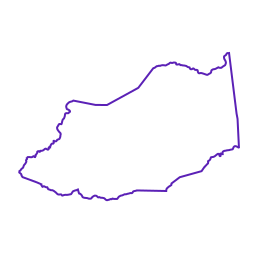 the district of San Ignacio, Francisco Morazán, Honduras, rotated 88°
{"feature_id": "27666195B25957798922682", "entity_name": "San Ignacio", "entity_type": "district", "adm_level": 2, "iso_a3": "HND", "parent_name": "Honduras", "parent_adm1": "Francisco Morazán", "projection": "robinson", "projection_center": [-87.053, 14.728], "detail": "fine", "context": "isolated", "style": "outline", "palette": "violet", "viewbox_px": 256, "rotation_deg": 88, "n_neighbors": 0, "source": "geoboundaries", "source_scale": "gbopen_adm2", "svg_char_len": 5791}
<svg xmlns="http://www.w3.org/2000/svg" viewBox="0 0 256 256"><g transform="rotate(88 128 128)"><path d="M154.7,230.2L155.2,230.1L155.6,230.1L156.3,230.8L156.7,231.0L157.1,231.0L157.7,230.8L158.1,230.8L158.4,230.9L160.1,231.9L161.2,233.0L161.5,233.2L162.5,233.7L163.9,234.2L165.4,236.1L166.8,237.1L167.1,237.9L167.3,238.0L168.7,238.2L169.7,237.0L170.3,236.4L170.8,236.2L171.6,236.1L172.1,235.9L172.7,235.5L173.4,235.1L179.2,220.9L181.3,216.5L181.7,216.6L182.1,216.6L182.5,216.3L183.4,215.8L183.8,215.5L183.8,215.3L183.7,215.1L183.4,214.7L183.3,214.3L183.4,213.7L183.9,212.9L184.2,212.3L184.5,211.3L184.4,210.8L184.6,210.6L184.9,210.5L186.1,210.0L186.4,209.8L187.0,208.1L187.3,207.7L187.5,207.1L187.5,205.9L187.8,205.2L188.4,204.2L189.7,202.6L190.2,202.1L191.3,201.1L191.8,200.5L191.9,200.1L192.1,199.5L192.0,197.3L192.3,196.9L193.1,196.3L193.2,196.1L193.2,195.7L192.7,194.1L192.6,192.8L192.7,191.1L192.5,189.4L192.3,188.4L192.3,187.9L192.2,187.6L192.1,187.2L191.6,186.8L189.9,185.6L189.4,185.2L189.1,184.6L188.9,183.9L188.6,183.1L188.4,182.3L188.4,181.7L188.1,181.2L187.7,180.2L190.7,179.5L191.8,179.1L192.0,178.6L192.1,178.0L192.2,177.9L193.6,176.6L195.4,175.8L195.7,175.4L196.0,174.8L196.3,173.6L196.6,171.3L197.3,169.4L197.3,168.6L197.3,167.9L197.2,167.4L197.0,167.1L195.8,166.1L194.9,164.8L194.5,163.8L194.4,163.4L194.5,162.9L194.6,162.2L194.8,161.8L195.3,161.3L196.0,160.6L196.3,160.2L196.2,159.6L196.1,159.0L196.4,158.4L196.7,157.8L196.9,155.8L197.3,154.4L197.7,153.8L198.7,152.9L199.0,152.5L199.3,152.0L199.4,151.3L199.3,150.8L199.1,150.0L199.0,149.4L198.5,148.1L198.4,147.6L198.6,147.1L198.6,146.9L198.5,146.6L198.1,146.2L198.0,145.8L198.1,145.5L198.3,145.0L198.4,144.2L198.5,141.9L198.5,141.4L198.3,141.1L196.4,139.6L196.1,139.1L195.4,137.7L195.3,137.3L195.2,136.4L194.9,135.5L194.2,133.9L194.1,133.5L194.1,133.1L194.2,132.6L194.1,132.0L193.7,130.6L193.6,129.8L193.1,127.9L193.2,126.8L193.2,126.4L193.0,126.0L192.7,125.7L192.4,125.5L192.0,125.3L191.5,124.8L191.3,124.1L191.0,122.3L190.7,121.3L192.3,92.0L191.4,91.9L190.5,91.7L190.0,91.4L189.5,91.0L188.0,89.2L187.7,88.6L186.6,86.8L186.3,86.6L185.5,86.6L184.9,86.4L179.0,78.0L173.7,56.0L169.8,53.1L169.8,52.9L169.4,52.7L168.9,52.2L168.0,51.2L167.3,50.6L166.2,49.3L165.8,49.2L165.4,49.1L164.4,49.2L163.8,49.0L163.6,48.8L163.5,48.3L163.2,47.8L162.7,47.3L162.1,46.9L160.6,46.3L160.3,46.2L160.2,45.9L160.0,45.2L159.9,43.9L159.6,43.0L159.2,42.2L157.3,39.7L157.0,39.1L157.0,38.8L157.0,38.4L157.2,38.0L157.7,37.8L158.9,37.5L159.3,37.1L159.3,36.7L159.2,36.6L159.0,36.4L157.0,36.4L156.8,36.4L156.7,36.1L156.8,35.1L157.1,35.1L157.3,34.9L157.4,34.6L157.4,34.3L156.2,34.4L155.6,34.3L155.1,34.1L154.6,33.5L154.2,32.5L154.0,30.8L153.8,30.1L153.6,27.6L153.3,26.6L153.0,24.5L152.9,24.2L152.7,24.0L150.8,23.1L150.2,22.5L149.9,21.9L149.9,21.6L149.9,21.2L150.2,20.2L151.1,18.7L151.4,18.2L151.6,18.0L152.0,17.8L122.7,18.2L117.4,19.0L56.6,24.4L56.7,25.0L56.6,25.9L56.8,26.4L57.1,26.8L58.3,27.4L59.0,28.4L59.5,29.2L59.9,29.5L60.7,29.6L62.1,29.4L62.9,29.1L63.8,28.5L64.6,28.2L65.7,27.9L66.4,27.9L67.1,28.1L68.1,28.5L68.6,28.8L68.9,29.3L70.0,31.2L70.8,32.2L71.1,32.8L71.1,33.5L70.9,34.9L70.8,35.1L70.5,35.6L71.1,36.8L71.9,38.4L72.2,39.6L72.3,40.8L72.8,41.9L73.1,42.3L73.4,42.6L74.0,42.8L75.1,43.0L75.5,43.2L75.7,43.4L76.1,43.8L76.6,44.9L77.2,45.9L77.6,46.7L77.6,47.2L77.5,47.7L76.4,50.5L75.7,52.5L75.6,53.5L75.8,54.7L75.7,55.3L75.4,55.7L75.0,55.9L74.4,56.2L72.9,56.4L72.7,56.5L72.5,56.8L72.3,57.4L72.3,58.4L72.2,58.9L72.0,59.2L70.9,60.3L70.8,60.6L70.8,61.0L71.4,62.0L71.5,62.9L71.4,63.3L71.2,63.6L70.9,63.9L69.6,64.4L69.2,66.0L68.0,67.7L67.5,69.7L67.4,70.9L67.0,72.3L67.0,72.9L67.0,73.2L66.8,73.6L66.2,74.1L66.0,74.5L66.3,76.4L66.3,76.9L66.2,77.3L66.1,77.5L65.9,77.6L64.8,77.8L64.4,78.2L64.3,78.7L64.2,79.4L64.2,80.3L64.3,80.6L64.5,81.1L64.5,81.3L64.5,82.1L64.2,83.0L64.2,83.3L64.3,83.6L64.5,84.0L65.5,85.2L65.8,86.3L66.5,87.4L66.7,87.9L66.8,88.3L66.7,88.9L66.4,91.0L66.6,92.7L66.8,93.2L67.0,93.7L67.0,94.2L66.8,94.7L66.9,95.2L67.2,96.2L67.2,96.9L67.4,97.4L68.7,99.2L68.9,99.7L69.0,100.3L69.2,100.7L88.2,116.3L104.3,148.2L103.8,159.7L98.7,181.7L99.1,182.3L99.4,182.9L99.7,184.3L100.1,185.7L101.2,187.1L102.4,188.3L102.8,188.5L103.4,188.8L104.2,189.0L104.7,189.0L105.3,188.9L106.8,188.5L107.2,188.0L107.6,186.9L108.3,186.0L108.6,185.7L109.0,185.5L109.4,185.4L109.7,185.4L109.8,185.6L109.9,186.0L110.9,186.8L111.1,187.2L111.1,188.3L111.0,188.9L111.2,189.8L111.4,190.1L111.9,190.4L114.1,190.8L115.9,191.5L116.3,191.7L116.5,192.1L116.7,192.3L117.5,193.0L119.0,193.5L121.2,194.1L121.6,194.3L121.8,194.4L121.8,194.6L121.7,195.5L121.6,196.2L121.7,196.6L121.8,196.8L122.2,197.2L122.8,197.4L124.3,198.5L124.9,198.8L125.4,198.9L126.0,198.8L126.5,198.7L127.1,198.5L129.1,197.2L130.7,195.8L131.0,195.6L132.0,195.5L133.0,195.8L133.9,195.9L134.8,196.1L135.7,196.5L136.3,196.8L136.7,197.3L137.3,199.1L138.4,199.9L138.7,200.2L138.8,201.6L138.7,201.9L138.2,202.5L138.3,202.8L138.6,202.9L139.5,202.7L140.2,202.7L140.7,203.0L141.0,203.3L141.0,203.5L140.9,203.8L140.9,204.2L141.1,204.7L141.4,205.1L142.4,205.8L143.2,206.0L143.7,206.5L143.9,206.9L144.8,206.6L145.0,207.1L144.9,207.7L144.9,207.9L145.0,208.0L145.4,208.0L146.2,208.0L146.5,208.2L146.7,208.4L146.8,208.7L146.8,209.1L146.5,209.6L145.9,210.6L145.8,210.9L145.8,211.2L145.9,211.5L146.1,211.9L147.1,213.2L147.5,213.9L147.8,215.1L147.8,215.6L147.7,216.3L147.8,216.6L148.1,216.8L148.5,216.8L148.7,217.0L148.7,217.3L148.6,217.5L148.1,218.3L148.0,218.5L148.1,218.8L148.3,219.2L148.6,219.5L149.6,219.6L150.6,220.2L151.9,221.4L152.1,221.4L152.5,221.2L152.8,221.3L153.2,221.7L153.6,221.8L153.8,221.9L153.8,222.1L153.7,222.4L153.5,222.7L153.0,223.1L152.9,223.4L153.1,223.9L153.7,224.8L153.8,225.2L153.8,226.4L153.6,227.4L153.6,229.3L153.8,229.5L154.6,229.9L154.7,230.2Z" fill="none" stroke="#5b21b6" stroke-width="2"/></g></svg>